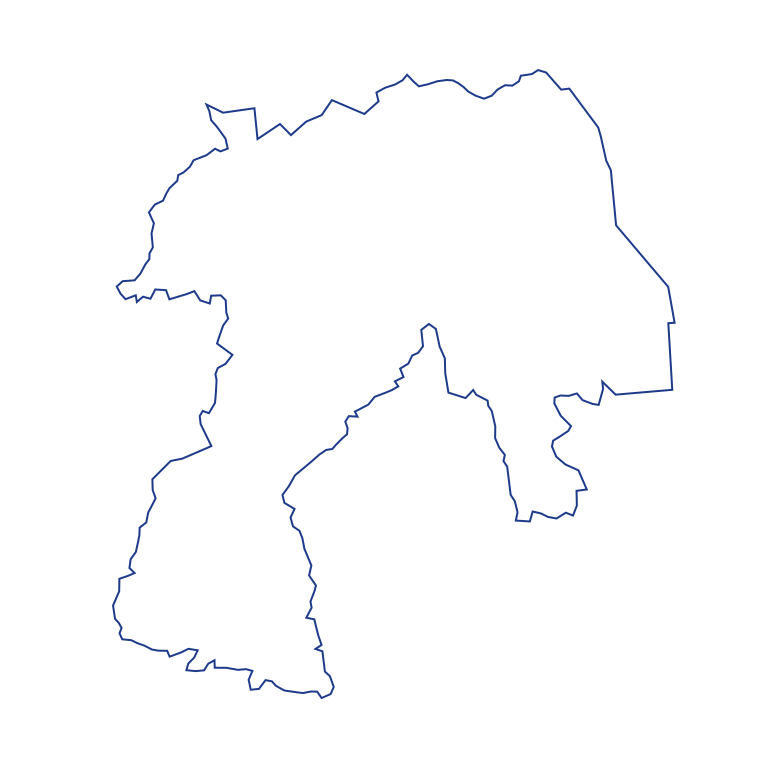 Sinimbu, Rio Grande do Sul, Brazil (orthographic projection), rotated 263°
{"feature_id": "56859067B40760381762709", "entity_name": "Sinimbu", "entity_type": "district", "adm_level": 2, "iso_a3": "BRA", "parent_name": "Brazil", "parent_adm1": "Rio Grande do Sul", "projection": "orthographic", "projection_center": [-52.601, -29.445], "detail": "fine", "context": "isolated", "style": "outline", "palette": "blue", "viewbox_px": 768, "rotation_deg": 263, "n_neighbors": 0, "source": "geoboundaries", "source_scale": "gbopen_adm2", "svg_char_len": 3459}
<svg xmlns="http://www.w3.org/2000/svg" viewBox="0 0 768 768"><g transform="rotate(263 384 384)"><path d="M499.7,137.8L502.3,148.4L495.5,148.7L500.0,155.4L497.1,162.6L505.7,168.5L503.7,179.1L494.2,181.3L497.3,199.2L499.3,207.1L489.4,211.8L485.1,220.9L492.7,223.2L491.9,232.8L486.4,237.1L474.1,236.2L467.9,237.3L461.7,231.5L451.6,226.5L444.5,223.2L440.2,227.8L431.4,237.1L423.3,229.2L420.1,221.0L414.4,217.9L408.3,218.3L396.5,216.2L385.9,214.0L376.4,206.7L379.3,200.8L374.7,197.2L366.6,197.1L343.4,205.1L334.5,174.7L333.6,162.9L317.7,142.5L306.8,141.5L298.4,143.4L291.6,138.8L285.2,134.3L275.6,131.2L271.2,124.0L263.4,122.7L257.4,120.7L247.6,117.3L241.0,111.2L232.4,108.9L226.8,113.4L224.8,106.6L222.9,97.6L210.5,95.9L197.2,88.1L183.7,88.4L179.1,91.7L173.9,93.8L168.8,91.1L162.5,93.1L160.5,102.0L157.0,107.3L153.4,114.5L148.7,121.4L146.8,127.7L145.6,136.3L139.5,138.0L142.2,149.6L145.0,157.6L142.4,166.6L135.6,162.3L130.4,155.7L124.0,153.0L122.0,162.0L121.7,170.5L127.8,175.5L130.5,182.1L123.0,181.4L121.5,193.0L118.1,204.2L117.8,212.2L115.3,218.4L106.9,213.6L96.8,214.5L96.6,222.7L104.5,230.3L102.5,236.6L97.7,239.8L91.9,247.8L88.8,259.3L87.1,265.9L87.7,273.9L86.8,280.2L79.9,283.8L82.8,293.3L89.5,297.2L100.6,294.7L105.7,290.3L114.5,290.3L126.2,290.3L129.4,283.7L132.6,290.2L142.6,288.1L152.1,286.9L158.9,286.2L161.5,278.4L170.8,284.9L177.0,284.5L186.6,289.6L192.3,291.9L203.1,286.3L212.7,289.8L230.2,284.9L240.8,284.2L248.6,282.2L253.8,276.3L262.9,275.0L270.9,280.0L278.1,270.7L286.3,269.7L294.0,277.0L304.3,284.6L309.8,293.2L315.7,302.3L321.8,311.2L325.6,318.5L325.8,324.8L329.6,329.0L335.3,336.2L338.6,341.2L344.6,342.5L351.4,341.0L356.4,345.2L354.8,353.7L360.1,351.8L365.5,366.0L372.4,373.2L374.9,383.4L377.0,391.1L379.9,397.9L385.3,395.1L388.5,404.2L397.3,401.9L401.3,410.7L408.8,415.4L410.8,421.7L416.7,427.3L433.2,427.6L438.1,435.9L432.3,442.2L414.3,443.8L402.2,447.5L387.0,446.1L367.6,446.9L360.1,463.3L367.2,471.8L362.1,474.2L354.9,484.8L349.7,484.8L344.0,487.7L328.4,489.3L316.7,487.7L306.6,490.7L298.9,495.3L292.9,493.2L286.9,496.2L270.2,496.2L258.5,496.2L251.6,499.6L240.4,500.9L232.4,498.2L229.8,512.0L239.3,516.0L236.4,524.0L232.1,530.5L229.5,538.8L234.1,548.8L230.4,555.6L239.8,560.6L254.5,562.1L254.6,572.4L274.6,566.5L282.0,554.3L290.9,546.1L301.5,543.1L307.2,545.0L310.2,551.7L315.0,561.2L319.4,564.5L331.0,555.5L344.0,550.7L349.7,551.7L351.1,557.6L349.7,565.8L351.1,574.3L343.8,579.1L338.8,588.6L337.1,594.5L352.3,600.8L359.7,601.0L345.2,612.6L343.1,669.4L409.7,673.6L409.4,679.9L445.8,677.9L513.2,633.7L568.5,635.2L578.6,631.8L603.6,629.3L612.5,627.9L654.6,603.9L654.6,595.7L673.4,582.9L676.8,575.2L673.6,568.6L673.3,557.4L668.0,554.8L664.5,547.8L665.8,540.6L662.5,532.7L657.0,526.0L655.0,518.1L659.1,509.9L664.0,503.3L669.1,499.1L673.4,494.5L676.9,489.5L678.1,483.2L678.0,474.0L676.1,463.8L675.2,454.9L680.2,450.5L688.1,444.6L683.2,439.4L679.9,431.4L677.9,421.2L674.2,412.0L665.2,413.0L654.4,397.4L672.1,366.9L658.5,354.9L653.9,338.7L642.4,322.0L654.7,312.4L642.5,288.3L673.5,289.0L672.9,257.4L683.0,241.9L676.1,243.9L666.9,244.6L660.3,249.1L654.5,252.4L646.8,256.6L636.7,257.6L634.8,250.0L638.1,245.0L632.8,235.9L629.3,222.3L623.3,217.8L618.4,210.8L616.4,205.2L610.9,203.6L604.6,195.0L599.8,191.3L592.9,187.0L590.0,178.4L583.0,171.6L571.6,175.2L561.7,171.6L547.7,171.2L542.3,167.2L536.5,166.3L531.8,161.7L523.2,155.6L517.3,149.1L517.9,137.1L513.3,130.6L505.8,133.5L499.7,137.8Z" fill="none" stroke="#1e3a8a" stroke-width="2"/></g></svg>